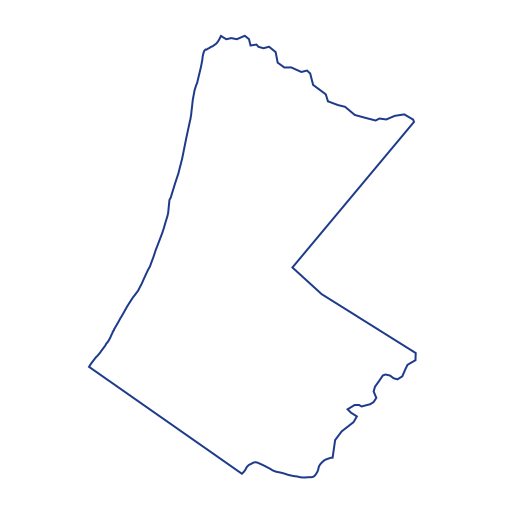 Libertad, San José, Uruguay, rotated 92°
{"feature_id": "84410073B36458141806664", "entity_name": "Libertad", "entity_type": "district", "adm_level": 2, "iso_a3": "URY", "parent_name": "Uruguay", "parent_adm1": "San José", "projection": "robinson", "projection_center": [-56.645, -34.648], "detail": "fine", "context": "isolated", "style": "outline", "palette": "blue", "viewbox_px": 512, "rotation_deg": 92, "n_neighbors": 0, "source": "geoboundaries", "source_scale": "gbopen_adm2", "svg_char_len": 2784}
<svg xmlns="http://www.w3.org/2000/svg" viewBox="0 0 512 512"><g transform="rotate(92 256 256)"><path d="M454.9,172.4L437.2,170.5L428.2,164.2L418.6,152.7L412.8,149.6L409.2,155.7L406.0,159.1L401.5,152.3L401.3,147.8L402.7,145.2L401.3,140.7L400.2,136.8L397.9,133.4L393.6,130.8L387.3,133.7L382.4,132.5L376.6,128.6L371.0,125.1L369.9,122.4L370.8,117.9L373.4,114.2L374.3,110.3L371.2,105.6L364.0,102.8L359.5,100.8L356.8,96.6L354.6,93.0L347.4,93.0L291.8,189.1L266.2,219.2L116.5,102.8L114.2,103.7L109.3,112.8L111.1,122.2L115.0,130.6L114.3,137.4L116.4,141.2L114.2,151.1L111.6,162.2L103.8,172.2L102.3,179.4L98.9,189.5L92.0,191.9L83.0,204.9L71.7,208.2L68.9,211.5L70.5,217.1L66.3,227.4L66.6,234.3L62.0,241.1L51.5,243.5L46.4,250.3L48.1,255.7L46.9,260.8L44.7,262.9L45.8,268.8L39.5,270.6L36.3,274.9L40.0,282.7L39.1,288.3L40.4,293.3L37.3,298.7L40.6,300.2L41.9,300.9L42.5,301.2L43.2,301.7L43.8,302.1L44.5,302.6L45.2,303.3L45.7,303.7L46.1,304.4L47.1,305.6L48.2,307.2L48.7,308.6L49.3,309.3L49.9,310.0L50.2,310.9L51.1,312.1L51.5,312.8L51.4,313.6L51.8,314.0L52.1,314.3L52.4,314.6L52.7,314.8L52.9,314.9L53.4,315.0L53.8,315.2L54.6,315.5L58.6,316.3L60.9,316.4L62.4,316.6L68.4,317.5L85.2,320.9L86.9,321.6L92.1,323.1L101.9,324.6L114.8,325.6L117.7,325.8L118.7,326.0L119.8,326.1L121.1,326.3L121.7,326.3L122.3,326.5L122.7,326.6L140.6,329.8L158.8,332.8L161.8,333.3L162.1,333.3L163.0,333.6L166.8,334.4L172.1,335.6L175.6,336.3L180.1,337.6L185.9,339.3L201.1,343.4L201.6,343.7L201.7,343.8L201.8,343.9L202.3,344.2L203.4,344.5L205.4,344.6L216.1,345.3L219.6,346.0L222.8,346.9L227.8,348.2L231.1,349.0L236.3,350.5L248.6,354.7L253.7,356.5L260.4,358.4L264.8,359.9L270.4,361.7L273.3,363.3L284.0,367.8L287.1,369.0L294.9,372.7L298.5,375.2L301.8,377.6L305.3,379.7L310.7,382.9L321.2,388.3L322.7,389.3L323.7,389.7L325.0,390.4L326.1,390.9L334.5,395.4L335.2,395.4L335.7,395.9L336.7,396.5L337.6,396.7L340.8,398.1L343.2,399.0L344.7,399.8L345.4,400.2L346.1,400.5L347.0,401.2L347.7,401.5L348.5,402.4L350.2,403.2L350.9,403.6L353.1,405.1L354.8,406.3L355.8,407.0L356.9,407.7L358.4,408.7L360.6,410.4L362.3,411.9L362.6,412.3L363.0,412.6L369.6,417.3L372.6,419.0L474.1,262.5L472.2,260.7L471.9,260.5L470.3,259.3L468.2,258.4L466.5,257.3L465.0,255.7L463.8,253.4L462.5,251.2L462.1,249.2L462.3,248.2L462.5,247.1L463.3,245.2L464.4,242.5L465.5,240.0L466.7,237.5L468.2,234.4L469.5,232.2L470.4,230.0L471.0,227.8L471.5,224.4L472.1,221.5L472.8,218.9L473.6,216.3L474.3,212.6L474.7,210.0L474.8,208.2L475.1,206.1L475.6,203.8L475.7,201.5L475.6,198.8L475.4,197.4L475.2,194.9L475.1,192.6L474.7,191.3L473.9,190.0L472.1,188.6L469.8,187.3L468.3,186.7L467.4,186.4L465.6,186.1L463.7,185.6L461.6,184.3L460.3,183.2L458.7,181.6L457.8,180.6L457.1,179.4L456.3,177.6L455.8,176.2L455.1,174.4L454.9,173.1L454.9,172.4Z" fill="none" stroke="#1e3a8a" stroke-width="2"/></g></svg>